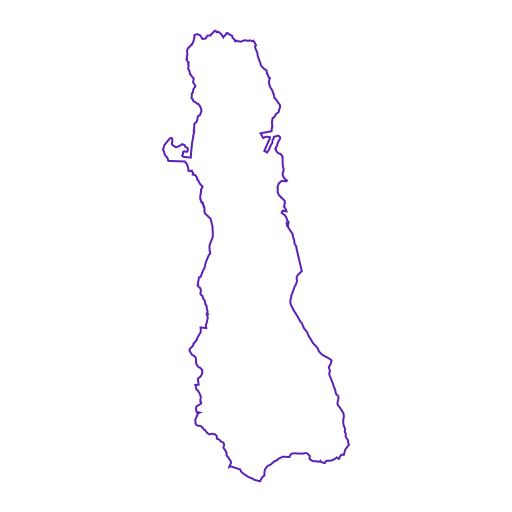 outline of Danes, Mures, Romania
{"feature_id": "2599482B49192163126076", "entity_name": "Danes", "entity_type": "district", "adm_level": 2, "iso_a3": "ROU", "parent_name": "Romania", "parent_adm1": "Mures", "projection": "orthographic", "projection_center": [24.701, 46.182], "detail": "fine", "context": "isolated", "style": "outline", "palette": "violet", "viewbox_px": 512, "rotation_deg": 0, "n_neighbors": 0, "source": "geoboundaries", "source_scale": "gbopen_adm2", "svg_char_len": 6029}
<svg xmlns="http://www.w3.org/2000/svg" viewBox="0 0 512 512"><path d="M338.8,458.9L340.2,456.2L341.4,454.7L343.8,454.9L345.3,449.5L349.0,444.6L348.1,442.8L348.1,440.5L345.7,436.6L345.7,433.6L344.8,432.0L345.0,428.6L343.7,425.5L343.3,423.3L343.2,419.8L343.7,418.1L343.8,416.2L343.5,413.4L340.6,408.6L337.6,404.7L337.5,402.8L338.5,398.3L338.3,396.2L336.1,393.9L335.7,392.8L335.4,390.7L334.8,389.6L334.7,388.3L334.1,387.5L332.8,383.3L329.4,374.8L329.2,373.2L330.0,371.4L328.8,366.8L330.4,364.6L331.6,360.4L328.6,358.2L322.2,354.8L319.2,351.7L317.4,347.8L312.8,342.9L310.8,339.2L309.7,337.8L307.6,333.8L307.2,332.2L303.8,328.0L301.8,323.1L300.0,321.1L298.4,317.9L293.5,310.0L290.8,304.4L290.3,302.5L290.3,300.6L291.2,297.3L291.3,295.3L292.3,293.4L294.7,286.3L295.5,285.4L297.0,281.4L296.6,277.5L297.9,274.7L301.8,271.2L296.5,248.4L296.3,246.5L294.5,243.6L294.2,240.3L293.0,236.9L292.6,234.0L288.6,228.1L288.2,226.9L287.2,226.2L286.9,224.7L287.1,224.4L287.7,225.9L288.0,226.1L288.1,225.8L287.8,224.4L287.3,224.3L287.0,223.8L287.9,224.0L288.4,223.5L288.6,222.2L288.1,221.4L287.4,221.7L286.8,218.7L285.2,215.5L281.8,213.0L281.6,212.4L282.7,210.7L286.5,211.4L286.2,210.1L283.9,206.6L284.5,206.0L284.4,204.0L284.9,203.3L284.7,200.8L282.0,198.1L281.3,197.8L280.2,196.1L279.2,195.6L277.6,192.2L277.8,189.5L277.5,187.0L278.8,183.4L281.6,181.0L286.4,181.3L287.0,180.4L284.7,178.9L284.1,177.6L283.3,176.7L282.7,175.0L282.8,174.1L282.6,172.9L283.2,172.1L283.7,169.1L282.8,166.1L282.5,156.2L280.2,153.7L278.4,153.4L276.3,151.0L275.3,149.0L276.0,148.6L276.0,147.2L277.0,146.0L277.7,143.0L280.1,138.6L280.1,137.3L279.1,136.1L278.0,135.7L273.9,136.9L273.6,138.6L272.6,139.8L272.3,143.1L271.2,144.4L268.7,150.2L267.8,151.0L267.1,152.5L264.3,150.9L269.7,138.6L269.9,137.2L266.5,136.7L265.2,137.0L263.2,138.0L260.5,133.3L271.5,131.2L272.0,127.4L272.4,127.1L271.9,122.7L272.6,118.0L274.2,117.3L275.9,114.2L278.8,111.8L278.9,110.3L279.9,107.9L280.1,106.4L279.9,104.9L276.7,100.7L275.8,98.9L274.5,98.3L273.5,93.3L272.8,92.8L272.6,91.0L270.0,86.8L268.9,82.8L269.1,80.6L269.9,78.0L268.9,77.6L268.2,76.5L268.3,75.8L267.4,74.3L267.4,73.7L267.0,73.5L267.1,73.0L266.8,72.5L266.5,70.2L264.3,69.0L260.9,65.5L260.2,62.3L259.4,60.9L257.6,55.4L257.5,53.2L255.3,48.2L255.0,46.4L256.0,45.4L254.8,42.8L253.3,40.7L252.1,41.2L250.3,40.4L247.9,40.8L244.9,40.2L240.4,41.7L236.4,40.8L235.3,41.4L234.8,40.9L234.8,39.8L232.8,38.1L231.9,35.6L228.4,34.0L228.1,33.3L226.7,33.0L225.0,35.5L223.7,36.5L223.3,37.3L221.1,34.0L218.9,32.2L218.5,31.9L216.5,32.2L216.0,31.1L214.9,30.7L213.6,31.8L212.5,33.4L211.1,34.3L210.7,35.5L207.5,35.6L206.4,36.8L206.3,37.8L205.6,38.5L202.5,39.0L200.0,35.2L197.0,34.1L194.4,35.1L194.5,37.5L194.1,38.1L193.7,40.5L192.7,43.3L192.0,43.9L191.6,45.1L190.5,45.4L189.2,47.4L188.4,47.7L187.1,49.9L187.1,52.1L187.5,54.8L186.8,56.1L187.0,58.5L186.4,59.2L187.8,61.7L188.8,62.4L188.0,64.0L188.7,65.2L188.5,66.7L188.1,67.7L188.3,69.2L189.5,71.2L190.0,74.1L191.2,75.2L191.8,76.5L193.7,78.3L193.1,82.3L195.5,86.1L193.2,89.6L193.1,92.3L191.9,93.4L191.6,98.4L192.5,98.9L193.5,101.3L195.7,102.4L197.3,103.8L198.4,104.0L199.6,105.5L201.2,108.8L201.4,111.0L200.1,114.9L197.8,116.3L197.7,118.0L196.7,121.6L194.3,124.0L194.2,129.0L193.6,130.8L193.9,131.4L194.3,131.5L193.1,136.2L193.3,136.8L192.2,142.1L191.1,152.5L190.8,157.6L183.9,156.9L182.7,156.5L182.1,155.6L182.9,154.2L183.1,152.0L184.2,151.3L186.4,151.9L187.2,151.6L187.9,149.8L187.4,147.7L185.5,147.1L184.5,145.1L182.1,144.1L180.8,145.3L176.8,147.1L175.6,147.1L172.6,145.1L171.9,144.1L172.4,139.9L172.0,138.3L171.4,137.9L169.7,138.5L164.4,145.1L163.0,149.7L164.1,151.9L164.8,154.8L167.4,157.9L168.3,160.9L184.8,161.5L187.0,164.2L188.1,167.6L188.5,170.9L191.9,170.7L192.0,171.8L193.2,172.8L192.7,174.6L195.3,175.2L197.0,177.6L197.1,179.4L198.4,180.4L198.7,181.7L200.2,184.1L202.6,186.7L200.9,189.9L201.1,191.4L200.2,196.5L200.3,199.5L200.8,199.7L201.4,202.3L202.4,202.2L203.0,203.2L202.7,203.5L203.0,204.9L203.9,205.7L203.8,207.1L204.5,207.7L204.4,211.1L204.9,213.3L210.6,218.8L212.4,226.0L212.9,234.9L212.6,237.5L210.0,243.9L209.4,246.3L209.7,251.0L210.2,252.1L210.2,253.5L208.7,255.3L206.7,260.1L205.3,264.0L204.6,267.9L203.0,270.6L200.6,276.9L199.1,277.3L198.8,277.8L198.6,280.3L198.0,281.9L198.2,284.4L197.5,285.1L197.6,285.7L200.5,288.5L200.9,291.0L200.4,293.4L200.5,294.1L201.3,295.2L202.5,295.9L203.2,298.6L204.8,300.6L205.3,304.0L206.7,306.1L206.6,307.9L207.5,311.3L207.4,312.6L206.6,313.6L206.9,314.2L207.8,314.4L207.0,315.1L207.5,316.0L207.7,317.8L206.8,322.5L205.9,325.0L206.2,328.1L200.6,327.4L200.8,331.7L200.2,333.1L197.3,337.8L196.8,340.0L195.9,340.7L194.5,342.9L193.7,343.1L193.1,345.6L190.1,348.6L189.5,349.7L189.7,351.2L192.0,354.7L194.7,356.4L195.7,357.8L196.0,359.0L196.0,361.8L196.3,363.8L196.9,365.0L198.5,367.1L200.0,367.7L202.3,370.1L202.2,373.2L201.6,374.9L200.1,377.0L198.7,377.8L197.9,378.8L198.6,384.8L195.3,384.9L196.2,388.0L196.5,389.7L197.7,390.4L198.3,391.2L199.6,393.5L200.8,396.6L200.3,401.5L201.0,401.9L201.2,403.5L196.3,406.5L195.9,409.7L196.7,412.0L199.8,412.6L197.4,413.8L197.4,414.9L195.3,419.7L195.5,423.3L196.5,425.1L198.6,425.8L200.8,426.0L202.8,428.0L203.8,429.5L205.1,430.0L205.8,431.3L208.2,433.8L209.5,434.4L211.9,433.7L215.3,434.5L216.8,436.2L216.9,438.7L219.4,439.7L220.7,441.4L222.0,441.8L223.5,442.9L224.0,444.0L224.1,445.0L223.4,447.6L226.0,451.6L226.7,453.7L226.5,455.5L228.5,457.7L229.5,459.6L230.5,460.5L230.8,461.4L231.0,463.2L229.6,465.7L229.3,467.0L230.4,466.3L240.2,469.4L241.0,471.4L242.6,473.1L248.2,476.9L252.7,478.7L254.1,479.7L260.0,481.3L262.5,476.9L264.4,475.5L264.5,471.9L265.0,469.5L266.8,466.8L267.9,465.8L270.3,464.8L274.8,461.0L276.6,460.6L278.3,458.9L282.8,456.7L289.4,457.0L290.8,454.4L291.7,453.6L294.0,453.3L302.1,453.7L305.2,453.1L306.5,453.2L307.5,453.6L309.4,455.5L309.8,456.3L309.5,458.0L309.8,459.1L311.6,460.5L313.6,461.2L316.1,461.2L318.4,461.8L319.6,461.5L320.4,460.8L320.9,461.8L324.3,463.1L325.0,462.9L325.7,461.3L326.8,460.8L331.1,460.6L334.5,459.2L336.7,457.4L338.8,458.9Z" fill="none" stroke="#5b21b6" stroke-width="2"/></svg>